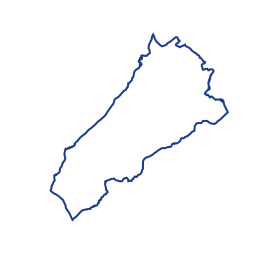 the district of Mpanda, Katavi, United Republic of Tanzania, rotated 49°
{"feature_id": "72390352B28587760392267", "entity_name": "Mpanda", "entity_type": "district", "adm_level": 2, "iso_a3": "TZA", "parent_name": "United Republic of Tanzania", "parent_adm1": "Katavi", "projection": "equal_earth", "projection_center": [30.595, -6.035], "detail": "fine", "context": "isolated", "style": "outline", "palette": "blue", "viewbox_px": 256, "rotation_deg": 49, "n_neighbors": 0, "source": "geoboundaries", "source_scale": "gbopen_adm2", "svg_char_len": 5754}
<svg xmlns="http://www.w3.org/2000/svg" viewBox="0 0 256 256"><g transform="rotate(49 128 128)"><path d="M163.1,185.6L162.1,184.9L161.0,185.2L160.1,185.0L158.8,183.9L157.4,183.3L154.8,181.8L154.2,180.2L153.4,180.2L154.0,178.7L154.3,177.1L155.2,175.2L155.5,173.9L156.7,172.5L156.9,171.7L159.3,171.5L159.7,171.3L160.3,170.7L162.7,169.3L164.2,167.6L163.5,163.9L164.7,161.6L167.2,161.7L168.4,162.7L169.6,160.4L170.3,160.0L169.5,158.6L169.5,158.1L169.8,157.7L169.6,157.3L169.7,157.1L169.5,156.9L169.5,156.0L169.1,154.8L169.4,154.4L169.9,154.3L170.7,153.5L170.1,151.7L170.9,149.1L170.3,146.6L169.4,145.6L168.8,144.4L168.7,143.6L168.2,143.1L165.7,141.0L164.7,139.8L164.2,139.6L163.0,138.5L162.2,136.7L162.1,134.7L162.2,133.4L162.9,132.5L163.2,131.7L164.1,128.0L164.3,127.1L164.3,123.6L164.7,122.3L164.6,121.8L164.7,119.8L165.1,117.9L165.1,117.2L165.3,116.0L166.3,114.5L167.0,114.1L168.0,112.0L168.6,110.3L169.3,109.3L169.8,109.2L170.0,108.8L170.2,107.9L170.1,107.1L169.1,105.1L169.7,104.1L169.5,103.7L169.9,103.0L170.3,103.1L170.3,102.7L170.7,102.5L171.0,101.8L171.3,101.8L171.7,100.9L172.0,99.5L172.1,97.7L171.7,96.5L170.9,95.1L170.9,94.5L171.1,93.8L172.1,92.9L172.4,92.3L172.2,91.8L172.2,91.0L172.6,89.5L173.1,88.8L173.2,88.2L173.0,87.3L173.3,86.7L173.1,85.6L173.3,84.0L172.9,83.2L173.1,81.6L173.6,80.1L173.6,79.5L171.7,77.8L170.5,76.4L170.2,75.8L170.0,74.7L169.7,74.1L169.5,73.4L169.6,73.0L170.7,71.2L171.9,70.2L172.3,69.5L172.2,68.3L171.9,67.0L172.3,66.3L172.9,65.8L173.2,65.0L175.0,63.5L177.3,63.1L178.7,62.6L179.8,61.6L180.4,61.3L181.8,59.7L182.0,58.0L181.7,55.5L182.1,53.5L181.6,42.3L180.0,41.8L177.8,41.6L177.2,41.1L174.4,40.5L172.0,39.3L170.1,39.3L170.0,38.7L170.3,38.3L170.0,38.1L168.4,38.3L167.8,38.7L168.7,39.3L169.4,39.2L169.4,39.6L168.8,39.7L168.4,39.5L167.5,40.0L166.4,40.1L165.5,41.7L164.5,42.5L164.2,43.4L159.0,44.2L158.8,44.6L158.7,46.1L156.9,45.9L156.3,46.0L155.8,45.8L155.1,46.3L155.1,46.8L154.8,47.0L154.4,46.7L153.8,47.3L153.1,47.5L152.3,47.2L152.1,46.6L151.7,43.9L151.7,43.0L152.3,41.3L151.6,40.8L151.5,40.3L150.7,40.3L150.6,39.8L150.2,39.9L150.2,40.2L149.7,39.5L149.4,39.4L148.8,39.4L148.6,39.0L147.6,38.2L146.7,37.9L146.2,37.1L146.4,36.6L146.3,36.4L146.1,36.5L145.6,35.3L145.1,35.4L144.6,34.9L144.8,34.1L144.7,33.5L143.5,33.0L143.1,32.0L142.9,31.1L142.2,30.7L142.2,29.6L141.6,26.9L141.3,26.2L140.7,25.8L139.2,25.8L138.6,26.2L138.1,27.2L137.5,27.7L137.4,29.3L137.1,29.6L135.4,29.3L135.1,29.8L134.3,30.5L133.9,31.6L133.7,32.8L133.5,33.1L133.1,33.1L132.3,32.9L130.5,31.9L129.2,31.4L128.9,31.1L128.7,30.4L128.7,29.7L129.4,27.8L129.2,27.0L128.7,26.6L127.1,27.4L124.2,27.0L123.0,27.2L122.3,27.7L121.8,27.7L121.1,27.0L119.5,27.1L118.1,27.6L116.9,27.5L116.0,27.9L111.8,29.0L109.9,28.9L108.0,29.1L105.6,30.1L103.3,30.8L102.5,30.3L102.2,31.2L102.0,32.8L101.4,34.1L101.1,35.8L100.9,36.1L99.0,36.6L97.1,37.5L96.6,37.1L96.1,36.1L96.5,34.6L96.3,31.9L96.0,31.7L94.5,32.3L92.4,31.4L92.0,31.4L90.9,32.2L90.5,39.3L89.9,43.0L90.3,44.1L90.3,44.6L90.1,45.4L88.8,48.6L87.0,49.3L80.8,49.8L78.1,49.1L75.2,48.0L73.9,47.7L74.9,50.0L76.5,51.8L78.3,56.2L79.6,58.4L81.6,60.3L83.2,60.7L85.1,61.8L85.8,62.4L85.5,65.2L85.8,65.8L85.5,67.0L85.2,67.4L84.4,68.0L84.1,68.5L83.3,68.9L82.4,69.8L82.3,70.8L82.5,70.9L82.9,70.6L83.3,71.3L83.7,71.1L84.0,71.2L84.1,71.4L83.8,71.8L83.8,72.2L83.2,72.6L83.1,73.2L83.3,73.4L83.9,73.2L84.5,72.1L84.7,71.9L84.9,72.1L85.0,72.6L84.3,74.4L84.3,75.7L85.0,75.5L85.6,75.6L85.8,76.3L86.1,76.1L86.9,76.3L87.3,76.7L87.7,75.7L88.5,75.8L88.5,76.4L88.6,76.6L88.3,76.6L88.3,76.8L88.5,76.8L88.9,76.3L89.1,76.4L89.1,76.7L88.5,77.6L88.6,77.8L89.0,77.7L89.5,78.2L89.3,78.9L89.8,80.5L89.6,81.2L89.8,81.9L89.6,82.1L89.3,83.5L89.5,85.9L92.8,90.4L93.2,91.2L93.1,92.2L94.4,93.7L94.6,94.2L94.5,95.2L94.9,97.0L94.4,98.6L95.5,99.2L95.6,99.7L96.3,100.6L96.4,101.1L96.9,101.3L97.2,101.9L97.1,103.1L97.3,103.3L97.5,103.9L97.8,104.2L97.8,105.2L97.3,106.1L97.3,107.2L97.5,108.2L97.5,109.3L97.8,110.7L98.2,113.6L98.1,116.0L97.8,117.0L97.6,118.3L97.8,119.4L100.2,123.4L100.2,124.5L100.4,124.9L101.4,129.1L102.6,133.9L103.3,135.7L103.7,138.5L103.7,143.5L103.5,147.3L103.9,150.1L103.9,156.1L103.6,158.8L104.2,163.8L103.8,168.9L103.9,170.6L104.6,174.8L104.6,176.7L105.0,178.9L105.7,179.0L105.9,179.2L105.9,179.9L106.1,180.0L106.2,180.5L105.5,181.9L105.7,182.1L105.7,182.5L105.3,182.7L105.5,183.3L104.6,184.3L104.8,184.4L104.6,184.8L104.9,185.2L104.7,185.4L104.7,185.8L104.0,185.9L103.7,186.4L103.9,187.5L103.8,188.1L103.4,188.7L102.8,188.7L103.0,189.4L103.7,190.1L104.9,192.0L105.6,192.5L105.9,193.1L108.2,194.4L109.2,194.7L109.4,195.1L110.6,196.1L110.6,196.9L111.2,197.9L111.2,199.0L111.5,199.7L111.5,200.2L112.0,200.8L112.2,201.2L112.2,201.4L113.2,202.7L113.6,204.0L113.8,205.6L116.1,208.3L116.4,209.2L116.3,211.0L115.5,213.8L116.0,213.8L115.8,214.1L115.9,214.5L115.7,214.4L115.7,215.0L117.3,216.4L119.5,217.7L119.9,219.0L120.0,219.2L120.2,220.5L121.0,221.6L121.1,222.3L122.2,224.3L123.1,225.2L124.5,227.5L128.4,227.0L130.1,226.2L133.9,225.0L139.6,224.3L145.3,225.9L147.5,227.3L148.3,227.5L153.7,228.1L160.9,230.2L160.7,227.1L160.7,226.7L161.0,225.6L160.8,224.7L160.8,222.8L160.5,221.8L160.5,220.8L160.3,220.3L160.3,218.2L160.1,216.9L161.1,214.7L162.2,212.6L162.6,212.3L162.6,211.9L163.0,211.4L163.2,210.8L164.3,209.6L164.4,209.3L163.8,208.7L163.7,208.1L163.9,207.6L164.7,206.1L164.3,205.6L164.6,204.2L164.8,203.9L165.2,204.2L165.5,203.6L165.6,202.9L166.0,202.1L166.0,201.8L165.3,200.4L165.4,199.7L165.0,199.6L165.0,199.1L164.8,198.9L164.9,198.3L164.5,197.9L164.4,197.3L164.2,197.3L164.0,197.6L163.8,197.4L163.8,196.7L164.2,196.0L164.3,195.5L164.1,195.4L164.0,194.7L163.5,194.6L163.4,194.1L163.2,193.9L163.0,193.3L163.5,191.9L163.1,191.2L162.9,190.2L163.0,188.8L163.5,187.9L163.1,187.1L163.0,186.2L163.1,185.6Z" fill="none" stroke="#1e3a8a" stroke-width="2"/></g></svg>